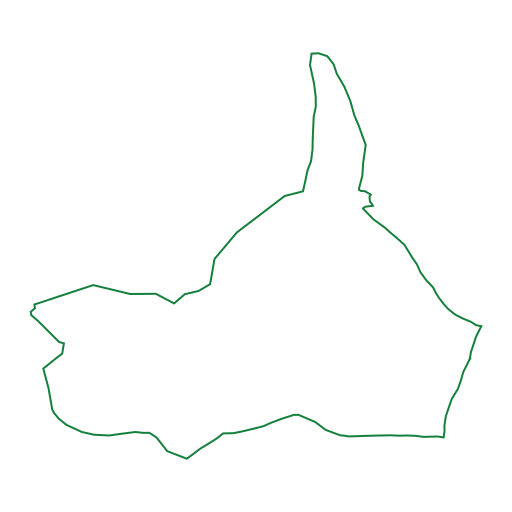 outline of Shomgom, Gombe, Nigeria
{"feature_id": "59680162B64183111122385", "entity_name": "Shomgom", "entity_type": "district", "adm_level": 2, "iso_a3": "NGA", "parent_name": "Nigeria", "parent_adm1": "Gombe", "projection": "albers", "projection_center": [11.229, 9.728], "detail": "fine", "context": "isolated", "style": "outline", "palette": "green", "viewbox_px": 512, "rotation_deg": 0, "n_neighbors": 0, "source": "geoboundaries", "source_scale": "gbopen_adm2", "svg_char_len": 2121}
<svg xmlns="http://www.w3.org/2000/svg" viewBox="0 0 512 512"><path d="M43.3,368.6L48.5,388.1L49.0,391.1L49.6,394.4L51.6,405.8L52.2,409.4L54.0,412.9L58.7,418.6L66.3,424.8L81.9,432.0L94.0,434.7L100.9,435.1L109.0,435.5L121.3,433.8L135.3,432.0L143.9,432.9L149.4,432.8L156.5,437.5L167.3,451.2L186.8,458.7L196.4,451.6L197.3,450.9L200.4,448.6L203.8,446.5L206.3,445.0L208.6,443.6L216.7,438.5L223.1,433.4L233.4,433.2L233.9,433.1L234.0,433.1L243.1,431.2L254.0,428.6L263.7,426.1L270.5,423.0L281.9,418.7L293.8,414.9L298.4,414.8L299.1,415.1L315.2,422.0L325.7,429.9L340.2,435.3L345.3,435.8L348.8,436.4L359.7,436.1L363.7,435.9L368.8,435.8L378.5,435.5L381.2,435.5L390.6,435.3L399.3,435.7L407.9,435.5L416.5,435.9L423.4,436.9L437.7,436.5L443.6,437.4L444.5,431.1L444.5,430.7L444.4,425.8L445.4,418.9L445.9,416.0L449.7,404.8L451.8,398.9L457.9,388.9L460.6,381.3L461.3,379.0L463.3,371.9L469.9,358.9L469.7,358.9L469.9,358.5L470.9,352.1L473.1,345.6L475.8,337.4L477.3,334.0L477.4,333.9L481.3,326.2L476.1,325.2L470.9,321.8L462.8,318.5L455.2,314.6L448.2,309.0L443.7,304.0L439.0,297.9L438.8,297.6L435.8,292.9L435.5,292.2L433.3,287.9L432.9,287.2L426.4,280.4L420.5,272.3L416.9,264.3L412.4,257.8L412.2,257.5L404.5,244.9L396.3,237.5L389.4,231.8L385.2,227.9L373.5,219.4L363.0,208.6L363.2,208.1L364.4,207.4L365.1,206.8L365.9,206.7L366.2,206.6L368.0,206.4L370.2,206.1L372.9,205.8L371.5,203.4L370.0,201.6L369.7,199.2L369.5,196.5L370.8,194.7L365.3,191.4L365.1,191.2L361.2,191.0L358.9,189.8L359.1,188.2L362.3,175.9L363.2,162.5L365.7,145.0L361.3,132.8L358.4,124.8L357.5,122.8L357.4,122.6L354.2,115.0L350.4,101.2L344.4,86.8L336.7,73.6L333.7,64.4L327.3,56.2L318.6,53.3L311.6,53.6L310.0,65.0L314.0,83.4L315.7,96.6L315.8,106.7L313.7,116.6L312.8,137.0L312.5,149.8L311.0,161.4L310.1,163.7L308.0,169.1L307.8,169.5L307.7,169.7L305.1,181.9L303.0,191.3L284.7,196.0L236.9,232.4L214.5,259.0L210.1,284.2L198.5,291.0L184.8,294.2L174.1,303.4L155.8,293.8L130.2,294.0L93.2,285.1L34.4,304.5L34.9,308.3L30.7,311.9L30.9,312.8L31.3,315.2L38.4,321.3L59.1,342.0L63.9,343.3L62.2,353.7L56.3,358.1L52.1,361.5L43.5,368.4L43.3,368.6Z" fill="none" stroke="#15803d" stroke-width="2"/></svg>